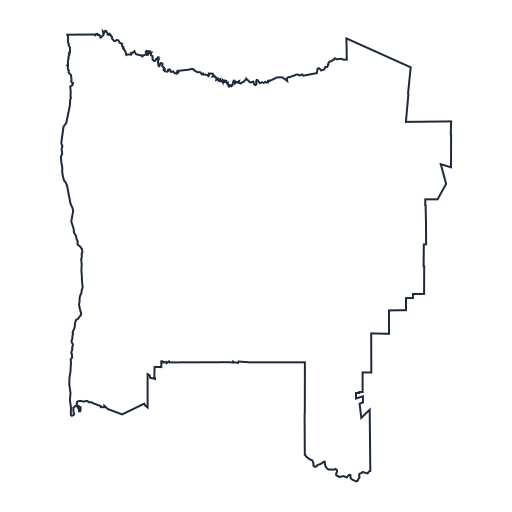 Colón, Córdoba, Argentina
{"feature_id": "61730980B91207709402211", "entity_name": "Colón", "entity_type": "district", "adm_level": 2, "iso_a3": "ARG", "parent_name": "Argentina", "parent_adm1": "Córdoba", "projection": "equal_earth", "projection_center": [-64.251, -31.181], "detail": "fine", "context": "isolated", "style": "outline", "palette": "slate", "viewbox_px": 512, "rotation_deg": 0, "n_neighbors": 0, "source": "geoboundaries", "source_scale": "gbopen_adm2", "svg_char_len": 5694}
<svg xmlns="http://www.w3.org/2000/svg" viewBox="0 0 512 512"><path d="M74.1,414.2L73.5,412.0L73.3,407.8L75.2,406.2L76.5,405.7L77.9,407.4L78.7,408.9L79.1,411.4L80.1,411.3L80.5,410.7L80.6,407.3L77.7,405.6L77.0,405.0L76.9,404.2L76.8,402.8L77.3,401.6L79.3,401.0L81.3,401.0L83.0,401.6L87.4,400.9L88.8,402.3L91.5,402.2L93.2,403.3L100.8,406.1L100.8,407.2L104.2,407.2L104.3,405.8L107.9,409.1L122.1,414.4L144.2,403.7L144.8,405.1L147.6,407.5L147.6,374.1L149.6,375.3L150.4,378.1L151.5,378.0L155.0,379.0L155.0,377.6L155.6,377.3L154.3,377.7L154.6,366.9L161.3,367.1L161.3,361.3L162.0,361.3L162.0,362.0L163.3,362.5L163.5,361.8L165.8,362.5L166.2,362.1L166.7,363.1L169.0,361.4L169.5,362.4L230.0,362.2L232.6,362.6L233.0,361.5L234.2,362.4L238.2,362.8L238.5,361.5L249.0,362.3L304.9,362.3L304.8,413.0L304.6,414.2L304.8,454.8L305.4,455.0L305.9,456.3L309.5,459.2L312.4,460.5L313.5,463.7L313.4,465.6L314.7,466.8L316.4,466.5L317.4,465.2L321.4,463.6L323.9,461.6L324.8,461.7L325.0,465.2L326.6,468.0L328.3,469.5L334.6,469.6L335.4,468.9L336.4,469.5L336.9,470.3L337.0,471.8L336.1,473.9L336.2,475.1L337.1,475.9L338.4,476.1L339.1,477.1L343.5,476.1L346.8,477.4L348.7,475.1L350.2,474.8L350.5,475.1L350.5,477.9L350.8,478.3L352.2,479.6L356.1,481.3L357.6,480.9L358.9,477.9L359.4,477.7L359.5,476.6L359.1,475.3L359.4,473.8L361.6,472.9L362.4,472.0L367.6,473.4L369.2,471.3L370.3,471.0L369.7,409.7L361.3,417.9L359.6,403.7L363.0,402.4L362.9,396.3L356.0,398.5L356.0,393.0L359.3,393.0L359.3,392.0L362.6,392.0L362.6,372.4L371.3,372.5L371.2,333.4L389.0,333.8L389.0,310.4L406.0,310.2L406.0,298.1L412.9,298.0L413.0,294.0L424.1,293.9L424.2,266.2L423.6,266.2L423.8,244.5L426.1,244.3L426.0,223.4L425.6,205.2L425.2,205.1L425.3,199.3L437.6,199.3L446.1,183.9L440.8,164.2L451.0,167.3L451.1,134.7L450.8,134.4L451.1,121.4L405.9,121.9L408.4,94.2L408.0,93.9L410.7,67.3L346.4,38.4L346.8,59.6L343.9,59.7L341.0,58.8L336.8,59.3L334.9,58.3L334.1,58.9L333.8,59.9L332.6,60.2L331.5,61.2L329.6,61.5L328.5,62.9L328.5,64.2L327.9,64.5L327.8,65.8L327.2,67.0L325.3,66.9L324.3,69.4L321.1,70.5L320.2,69.2L318.7,68.2L317.6,68.7L316.8,73.1L303.2,75.7L302.2,74.4L299.4,75.5L298.5,74.7L296.1,74.5L293.9,75.9L293.1,75.7L290.0,77.1L288.3,77.2L286.8,78.5L287.2,80.9L282.4,77.4L280.4,77.3L277.1,77.4L269.1,81.2L268.9,80.5L268.4,80.5L268.0,80.8L268.3,81.8L268.1,82.3L266.3,82.6L265.3,81.8L263.7,83.0L262.2,82.3L259.7,83.1L257.4,80.0L256.7,80.0L256.1,81.5L256.5,84.0L255.6,85.1L254.5,84.8L253.2,81.6L250.9,82.5L249.8,82.2L246.3,78.7L246.2,79.7L245.1,80.1L243.5,82.0L241.5,82.6L240.8,83.5L238.1,82.6L238.1,82.1L238.8,82.0L239.0,81.2L236.9,82.3L236.0,82.1L235.9,82.7L235.0,83.4L234.7,80.8L233.8,80.6L233.0,82.4L232.5,85.3L232.0,85.7L231.7,85.4L231.1,86.2L230.0,85.2L229.1,86.6L228.3,85.9L228.6,84.9L227.5,84.0L227.8,83.0L227.1,83.3L226.0,81.9L226.5,81.3L226.3,80.9L224.1,80.4L224.0,81.3L224.3,82.1L223.9,82.3L222.9,80.8L222.8,82.4L221.8,80.7L221.4,81.1L220.7,80.5L220.1,81.2L219.6,80.9L220.0,79.5L218.7,80.4L218.7,79.3L217.9,78.4L217.5,78.6L217.6,79.2L216.7,79.7L216.7,79.1L216.3,79.4L216.4,78.7L215.5,76.7L214.9,77.0L214.1,76.1L212.6,76.5L213.5,74.9L212.7,73.7L208.8,73.5L209.0,75.6L208.4,76.1L207.5,75.3L204.7,74.4L203.6,74.7L202.9,73.5L201.8,74.3L200.3,72.3L197.1,72.1L193.8,70.0L193.8,69.5L192.0,68.8L189.4,69.6L177.7,70.9L178.3,72.7L177.9,72.9L177.2,71.7L176.9,72.3L177.3,73.1L176.6,73.7L174.6,73.1L173.2,71.4L171.2,72.0L170.6,71.6L170.2,69.8L169.4,69.4L168.2,69.7L168.0,71.2L167.1,71.7L165.0,71.3L163.6,70.0L163.6,69.6L164.7,69.3L164.6,68.4L162.2,66.1L162.6,64.0L161.8,63.2L160.6,63.1L159.3,66.2L158.5,65.8L158.0,62.1L158.1,60.3L158.8,59.4L158.6,57.3L157.9,57.3L157.0,58.7L155.7,59.4L155.4,60.7L153.8,60.9L152.5,59.2L152.6,56.2L151.2,55.4L150.7,54.3L151.6,52.4L150.2,52.2L149.9,53.1L149.5,53.1L149.2,52.7L149.7,51.9L149.6,51.1L147.2,51.3L146.6,50.9L145.7,51.9L145.9,52.4L146.6,52.4L147.3,54.0L147.9,53.8L147.8,54.9L147.1,55.0L146.2,54.3L143.8,55.2L142.3,56.4L141.6,55.3L141.1,55.5L136.0,54.2L134.3,51.2L133.1,52.6L131.2,52.8L131.5,54.2L131.3,54.6L127.7,54.4L126.3,55.0L125.3,51.2L124.1,49.9L124.0,48.9L123.1,48.5L123.5,47.2L122.2,46.4L122.1,43.8L119.8,42.8L118.4,40.4L116.8,40.0L114.8,41.2L114.0,40.9L112.1,38.6L111.9,38.0L112.1,37.0L110.7,35.5L110.5,34.7L109.6,33.9L109.0,34.8L107.6,34.6L107.5,33.2L105.8,30.7L105.2,30.8L104.2,32.8L103.0,31.5L103.5,35.0L100.7,37.6L100.3,37.4L99.5,35.0L97.6,35.0L97.5,34.0L97.2,33.8L95.8,34.1L95.0,35.3L93.9,34.5L67.3,34.7L68.2,37.1L67.9,41.4L68.2,43.0L68.8,43.7L68.7,45.2L69.9,47.2L70.0,51.2L69.0,53.1L69.0,53.8L69.4,53.7L69.0,54.6L69.3,55.3L68.5,56.5L68.6,58.1L67.9,61.2L68.0,64.5L67.2,65.3L68.0,65.7L67.8,67.8L68.1,69.7L68.8,70.3L68.6,72.4L71.0,75.2L71.5,79.4L71.2,81.6L72.2,82.7L73.0,83.0L73.0,83.6L72.5,83.7L72.3,85.3L70.3,86.5L70.7,92.4L70.5,96.7L71.0,97.7L70.2,99.5L69.9,105.3L66.3,122.9L63.5,126.7L61.3,142.8L61.5,144.1L62.4,145.8L61.6,149.5L62.2,153.9L60.9,156.6L61.3,162.3L62.3,167.4L62.2,171.8L62.9,176.4L64.1,180.5L65.4,182.0L67.0,185.5L70.5,203.7L72.5,208.0L73.2,210.7L71.3,221.5L73.7,229.1L73.9,231.9L74.4,233.4L76.1,236.1L76.3,238.2L77.8,241.5L77.4,243.0L77.7,244.6L80.2,246.6L82.0,249.3L82.4,252.1L81.7,253.7L81.8,257.1L81.2,259.2L81.7,264.6L81.4,270.2L82.0,278.8L81.8,279.7L82.7,287.3L81.6,290.8L81.4,293.0L80.3,295.3L79.6,297.7L79.6,301.2L79.0,304.7L79.9,309.3L81.2,313.3L80.9,315.0L79.7,316.5L78.0,318.8L76.0,320.0L74.9,323.5L74.9,325.6L74.4,328.1L72.8,331.8L72.6,333.0L73.1,333.6L73.0,334.3L72.3,336.2L72.5,337.9L71.6,340.9L71.7,342.4L72.9,344.2L72.6,346.5L72.1,347.4L72.3,349.9L71.7,350.9L71.3,353.5L71.9,354.0L72.1,357.5L70.6,359.5L71.0,361.9L70.5,371.0L69.4,378.2L69.3,384.8L70.5,393.0L69.9,400.1L71.0,407.9L70.8,414.2L70.9,415.2L71.8,415.8L73.5,415.1L74.1,414.2Z" fill="none" stroke="#1e293b" stroke-width="2"/></svg>